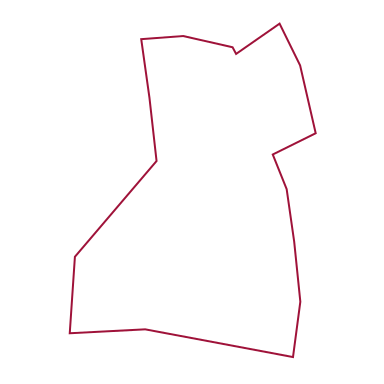 the district of Almalik city, Tashkent, Uzbekistan, rotated 89°
{"feature_id": "79887680B75027378773615", "entity_name": "Almalik city", "entity_type": "district", "adm_level": 2, "iso_a3": "UZB", "parent_name": "Uzbekistan", "parent_adm1": "Tashkent", "projection": "equal_earth", "projection_center": [69.57, 40.824], "detail": "fine", "context": "isolated", "style": "outline", "palette": "rose", "viewbox_px": 384, "rotation_deg": 89, "n_neighbors": 0, "source": "geoboundaries", "source_scale": "gbopen_adm2", "svg_char_len": 367}
<svg xmlns="http://www.w3.org/2000/svg" viewBox="0 0 384 384"><g transform="rotate(89 192 192)"><path d="M135.4,67.3L67.3,81.7L25.2,101.5L54.7,145.5L48.0,148.9L35.9,198.1L38.3,240.1L97.0,232.9L160.4,226.9L254.7,310.2L331.1,316.7L328.5,241.2L358.8,93.9L303.6,85.6L243.4,90.7L190.8,97.3L155.9,110.6L135.4,67.3Z" fill="none" stroke="#9f1239" stroke-width="2"/></g></svg>